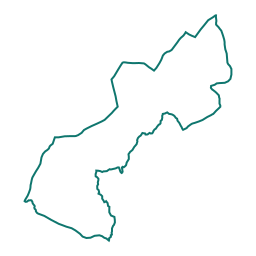 outline of Mpanda Urban, Katavi, United Republic of Tanzania
{"feature_id": "72390352B31642859672055", "entity_name": "Mpanda Urban", "entity_type": "district", "adm_level": 2, "iso_a3": "TZA", "parent_name": "United Republic of Tanzania", "parent_adm1": "Katavi", "projection": "natural_earth1", "projection_center": [31.001, -6.409], "detail": "fine", "context": "isolated", "style": "outline", "palette": "teal", "viewbox_px": 256, "rotation_deg": 0, "n_neighbors": 0, "source": "geoboundaries", "source_scale": "gbopen_adm2", "svg_char_len": 4712}
<svg xmlns="http://www.w3.org/2000/svg" viewBox="0 0 256 256"><path d="M170.7,50.5L169.3,51.4L167.2,51.8L164.6,53.5L163.7,54.6L162.9,55.5L161.9,58.2L161.2,59.9L159.4,63.2L156.4,67.9L154.0,70.6L151.2,68.6L149.1,67.3L145.4,64.3L144.1,63.5L143.9,63.4L139.0,63.0L135.6,63.1L134.8,63.1L132.2,63.1L127.8,62.8L126.0,62.5L124.0,62.3L123.4,62.4L122.5,62.7L120.7,65.4L118.0,69.8L114.2,76.2L113.2,77.4L111.5,79.4L111.9,81.5L113.2,87.0L115.6,96.3L116.4,100.8L117.7,106.7L115.6,108.8L113.7,110.8L111.9,112.9L106.7,117.9L104.6,119.9L101.6,121.5L97.1,123.6L91.7,126.0L88.9,127.4L86.7,128.5L84.0,130.0L82.3,132.0L81.7,132.8L78.6,134.8L78.2,135.1L77.4,135.4L75.9,136.0L75.1,136.1L71.1,136.1L64.7,136.3L58.8,137.3L54.9,137.3L54.0,139.9L52.7,143.8L50.6,145.4L49.7,146.4L48.9,148.5L48.4,149.0L47.3,150.0L45.5,151.2L45.1,151.5L43.0,153.9L41.5,157.4L40.4,163.7L38.2,167.8L36.0,171.2L34.1,174.5L32.4,177.5L32.0,178.8L31.7,180.0L31.3,182.0L31.0,183.5L30.6,185.0L30.4,187.8L30.1,189.4L28.8,193.0L27.7,195.6L26.4,197.8L25.3,199.6L24.6,201.1L25.5,201.8L26.8,201.7L27.4,201.3L28.7,200.3L29.7,200.4L30.6,200.2L31.5,200.4L32.4,201.9L32.5,202.9L33.4,204.4L34.5,205.6L34.7,206.5L34.3,207.5L34.6,208.7L35.6,209.6L35.9,210.5L35.9,211.3L36.9,212.8L37.3,213.0L37.5,213.2L38.1,213.6L44.3,215.9L51.2,219.9L58.9,223.9L62.2,225.1L66.4,226.7L71.6,228.2L75.4,230.4L80.0,233.8L82.6,236.6L86.4,238.0L90.5,237.7L94.6,235.8L99.4,235.3L102.1,236.2L104.3,237.8L106.4,238.5L108.9,240.6L109.1,240.1L109.1,238.3L109.3,238.1L110.9,236.8L110.8,235.2L111.9,234.6L111.6,232.8L112.0,231.4L112.0,230.9L112.0,228.4L113.1,225.8L114.0,224.8L114.4,223.7L114.5,223.3L114.7,223.0L114.9,222.4L114.8,219.8L114.4,216.9L111.7,215.8L111.0,215.5L110.3,214.2L109.5,212.7L109.3,212.3L109.3,210.5L109.3,210.0L109.3,209.2L109.4,206.8L108.1,206.0L107.9,205.0L107.6,203.1L106.1,201.2L105.6,201.7L104.3,202.2L103.6,200.7L102.2,198.7L102.2,196.2L100.7,194.7L100.3,194.5L98.5,193.7L98.6,193.2L99.2,192.2L99.0,191.6L98.9,191.2L98.6,190.1L97.3,188.9L97.2,186.1L97.4,185.5L98.1,184.4L97.8,182.4L98.2,180.9L98.4,179.9L98.4,178.7L97.7,177.9L97.0,177.1L96.2,176.7L95.9,176.5L95.7,176.4L95.6,174.8L95.7,173.7L95.9,173.3L96.4,171.6L96.3,170.6L98.1,170.7L100.3,171.1L102.2,172.0L103.7,171.3L105.0,171.3L106.9,171.1L108.1,170.2L109.7,169.2L110.7,169.5L112.2,169.2L113.3,168.9L114.4,168.7L115.9,168.3L117.4,167.5L118.7,167.4L118.8,167.4L119.6,169.2L120.1,170.9L120.7,172.2L121.6,173.0L122.2,172.6L122.5,171.9L122.6,171.5L122.4,170.5L122.4,170.3L121.9,167.5L122.7,166.8L123.7,167.3L124.6,166.6L124.9,166.4L125.6,165.7L126.1,165.1L126.3,164.2L126.7,162.5L126.9,162.2L128.8,159.1L128.8,157.6L128.8,156.5L128.5,154.2L129.6,152.7L130.0,152.0L131.6,150.7L132.5,149.9L133.3,148.5L134.4,146.7L134.9,146.2L136.6,144.2L136.7,143.8L137.0,142.7L137.4,141.5L137.3,140.8L137.1,140.2L137.9,138.1L138.5,137.4L139.2,136.6L140.7,135.6L142.4,133.0L143.9,133.3L145.0,133.4L145.2,133.7L145.5,134.5L146.4,134.5L146.9,134.5L147.6,134.4L148.6,133.6L149.6,132.9L150.7,133.5L151.7,133.4L152.3,133.3L153.3,131.6L153.4,131.0L154.6,129.4L155.8,128.7L157.1,126.7L158.7,124.7L159.6,124.4L160.5,123.4L160.6,121.0L161.1,120.6L161.4,120.1L161.9,119.8L162.1,118.4L162.3,117.8L162.2,115.8L162.7,114.7L162.8,113.9L165.0,113.5L165.7,113.1L167.2,112.4L167.7,112.8L169.1,113.9L170.6,114.1L171.9,114.4L173.6,115.3L174.7,116.3L175.7,117.8L177.1,118.7L177.5,120.6L178.0,121.3L179.1,122.6L180.0,124.2L180.7,125.7L181.6,127.1L182.3,128.8L183.0,129.6L183.1,129.8L184.7,129.0L184.8,129.0L186.4,128.2L186.6,128.1L187.9,126.6L188.1,126.4L188.3,126.2L189.4,125.5L190.0,125.0L190.9,124.4L191.5,124.0L191.8,123.8L193.2,123.3L194.4,123.0L198.8,121.5L199.5,121.2L202.5,120.0L207.3,117.0L211.1,115.1L212.0,114.5L212.7,114.2L213.1,113.9L213.3,113.9L216.1,110.8L218.8,108.3L220.3,106.8L220.3,105.4L220.2,105.2L219.5,103.7L219.5,100.0L219.6,98.7L219.2,97.7L218.8,95.3L216.3,92.7L214.8,91.4L214.5,91.2L214.3,91.3L214.5,91.2L214.0,90.8L213.3,90.2L212.3,89.6L211.1,88.2L210.9,87.8L210.9,87.3L211.0,87.0L211.1,85.9L214.7,84.8L216.7,83.4L219.4,83.1L224.8,82.8L226.1,82.2L228.1,81.3L229.7,79.6L230.4,78.9L231.2,75.4L231.4,74.7L231.4,68.9L231.1,68.4L230.7,67.6L230.5,67.1L229.9,66.0L228.2,64.2L227.5,62.8L227.4,62.5L227.4,62.2L227.2,59.8L226.7,53.6L225.6,50.1L225.4,49.8L225.0,47.3L224.6,44.4L224.6,42.1L224.2,39.6L223.1,35.9L222.2,33.2L221.3,30.7L220.0,29.1L219.6,28.6L218.8,27.5L218.6,27.2L217.4,26.0L216.1,24.6L216.1,22.6L216.4,21.0L215.9,16.9L216.0,15.4L215.5,15.4L212.9,17.3L210.3,18.9L208.2,20.2L204.1,25.3L200.7,29.4L195.1,37.1L192.7,36.1L192.1,35.9L189.0,34.4L188.7,34.2L185.7,32.2L185.1,33.3L183.5,35.5L182.4,36.5L181.2,37.5L180.5,38.2L179.1,39.8L177.4,42.3L176.2,43.9L171.7,49.9L171.0,50.4L170.7,50.5Z" fill="none" stroke="#0f766e" stroke-width="2"/></svg>